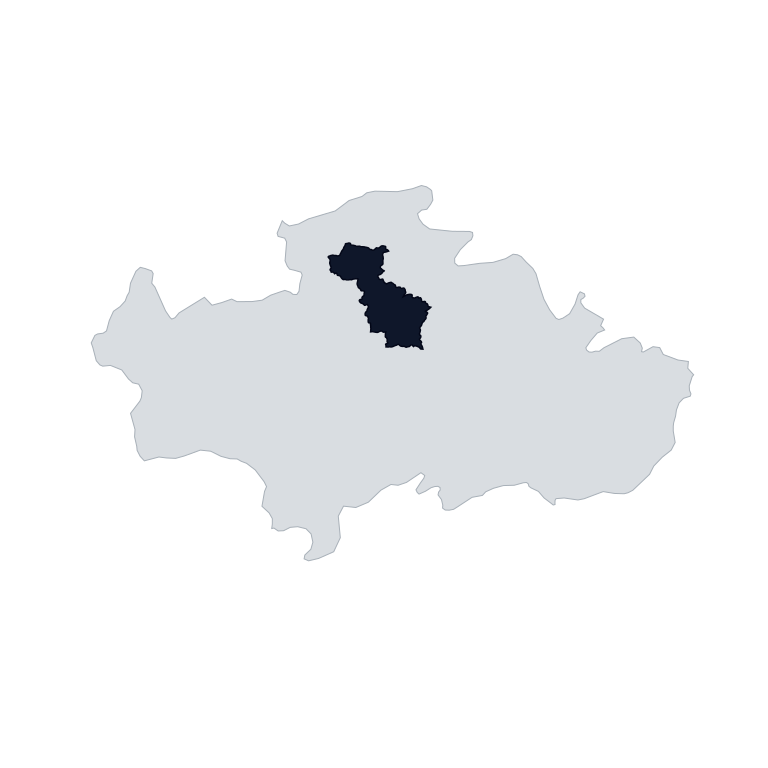 Moravicki on a map of Republic of Serbia (Equal Earth projection), rotated 130°
{"feature_id": "SRB-829", "entity_name": "Moravicki", "entity_type": "District", "adm_level": 1, "iso_a3": "SRB", "parent_name": "Republic of Serbia", "parent_adm1": "", "projection": "equal_earth", "projection_center": [20.274, 43.751], "detail": "fine", "context": "in_parent", "style": "filled", "palette": "ink", "viewbox_px": 768, "rotation_deg": 130, "n_neighbors": 0, "source": "natural_earth", "source_scale": "10m", "svg_char_len": 9365}
<svg xmlns="http://www.w3.org/2000/svg" viewBox="0 0 768 768"><g transform="rotate(130 384 384)"><path d="M428.2,298.7L444.9,303.5L452.5,308.1L456.5,314.1L467.2,318.1L484.6,320.0L496.7,326.2L503.6,336.5L514.6,334.1L529.8,318.7L544.8,314.7L559.7,322.0L567.9,328.1L569.3,332.8L565.9,334.7L557.6,333.8L550.9,336.8L545.7,343.5L545.0,350.7L548.8,358.4L554.1,363.7L560.9,366.6L564.6,370.6L565.1,375.7L566.9,377.1L563.1,379.5L558.9,383.0L556.6,389.1L556.1,398.9L543.0,406.5L538.1,408.0L535.9,413.0L532.6,427.4L533.1,438.3L535.0,443.8L535.8,448.3L540.2,453.9L544.2,462.4L546.9,473.6L552.7,482.2L567.6,490.8L574.9,495.8L580.4,503.0L584.6,509.5L596.9,518.2L596.1,524.4L593.5,530.5L590.7,533.3L584.8,541.1L578.9,545.5L569.4,559.3L554.0,560.0L550.4,561.1L544.6,564.9L541.8,571.8L544.6,577.3L544.4,582.9L541.8,593.9L545.6,605.5L551.1,610.9L552.0,613.9L551.1,619.4L543.2,630.5L540.7,634.7L532.6,636.7L529.8,635.6L525.6,631.8L521.7,630.7L512.1,635.2L502.2,638.0L494.4,635.9L486.8,635.6L481.5,637.5L477.5,638.2L469.7,643.0L457.1,646.5L451.3,645.7L449.1,641.2L446.7,634.7L447.8,631.8L456.1,626.7L457.0,621.8L468.4,598.4L470.6,590.8L470.7,588.3L467.6,586.7L461.3,586.7L433.0,577.3L434.2,566.4L425.9,560.6L416.9,555.3L415.4,549.5L405.4,537.8L398.1,531.2L388.8,527.9L380.8,523.1L376.0,520.1L373.9,514.7L373.9,511.4L371.5,508.3L367.6,508.7L361.1,513.0L353.1,516.7L351.7,519.5L354.6,526.0L356.7,530.1L355.8,534.0L353.2,539.0L337.8,549.9L336.1,553.8L339.0,560.0L337.2,562.8L324.3,566.9L324.6,563.5L323.8,558.1L316.4,552.3L305.9,547.9L282.8,532.6L273.8,530.5L265.9,528.7L254.5,521.4L248.6,520.1L242.1,514.9L228.0,497.3L216.1,487.7L207.9,482.9L205.6,478.1L205.1,473.3L205.4,471.6L211.7,464.8L216.4,463.8L222.6,463.5L226.6,467.0L232.0,467.8L234.9,463.3L236.5,456.9L235.9,448.7L223.1,429.8L212.2,416.6L211.0,413.6L213.3,411.2L217.2,409.9L221.3,411.0L232.0,411.9L242.3,410.7L245.9,407.5L245.9,403.1L242.1,399.1L230.1,388.3L220.8,378.7L209.8,371.4L201.6,368.5L199.2,364.8L198.2,360.8L199.2,353.5L199.8,344.3L201.8,338.5L209.2,327.5L216.3,315.9L220.7,304.8L223.1,294.4L222.2,291.5L218.6,289.3L210.8,287.0L200.0,289.0L190.9,292.7L187.3,293.0L186.1,288.4L187.6,286.4L190.4,286.6L192.8,287.5L195.3,285.4L196.9,279.1L193.2,257.5L200.1,255.5L200.2,252.4L200.8,249.7L207.9,253.4L217.8,253.5L226.5,252.7L227.8,250.6L227.7,247.5L225.9,245.1L222.9,243.1L220.6,240.1L214.8,238.8L196.5,231.0L187.5,222.8L187.9,214.0L190.5,209.2L193.7,207.5L192.8,205.9L182.5,201.9L178.9,196.2L181.9,189.0L176.7,174.3L171.1,165.3L176.7,161.4L177.5,155.8L177.9,152.7L180.2,152.7L189.2,149.0L192.4,146.0L194.3,142.5L196.5,141.6L202.5,145.4L208.8,145.8L215.9,143.3L221.2,140.0L227.5,137.2L230.4,135.3L234.1,132.2L241.6,123.4L250.0,121.5L261.2,123.8L273.4,124.6L282.5,122.5L305.5,125.1L310.5,127.2L313.7,129.5L319.7,137.1L325.5,146.9L333.6,151.5L343.2,156.9L348.2,160.9L355.5,172.7L361.2,178.5L363.1,178.2L365.1,176.7L366.4,175.5L367.9,176.6L368.0,180.2L368.4,188.1L367.0,196.7L369.1,204.7L369.2,207.2L367.7,209.5L367.9,211.6L370.0,213.7L377.8,219.1L385.1,227.3L393.5,233.1L401.2,236.8L406.1,237.0L414.2,243.7L430.1,248.5L435.2,250.1L438.7,252.9L441.2,256.1L441.4,259.4L439.0,261.1L435.6,265.7L434.2,271.3L431.7,272.7L429.1,272.8L427.3,274.5L427.7,276.9L429.9,279.2L433.2,281.3L439.5,283.3L445.8,286.4L445.7,288.8L444.5,291.5L436.5,292.5L430.6,292.9L427.9,294.0L428.2,298.7Z" fill="#d9dde1" stroke="#a8b0b8" stroke-width="1"/><path d="M352.7,427.8L349.9,429.7L349.1,430.7L348.0,431.5L347.4,432.4L346.4,433.1L346.2,433.4L346.2,433.6L346.2,433.9L346.9,434.9L346.9,435.2L346.8,435.7L346.6,436.0L345.0,437.4L343.7,438.1L343.4,438.5L343.2,439.2L342.7,439.8L342.6,440.1L342.7,440.6L343.2,441.6L343.4,442.2L343.4,442.5L342.9,443.1L342.2,443.7L341.8,443.9L340.8,444.2L339.5,444.0L339.0,444.0L337.6,444.8L336.0,445.1L335.3,445.4L334.9,445.6L334.4,446.2L333.9,447.6L333.8,448.0L335.8,449.1L336.2,449.5L336.2,449.8L336.1,450.8L336.1,451.9L336.3,452.5L336.8,453.8L336.8,454.1L336.7,455.2L336.3,456.1L336.2,456.4L335.7,456.7L335.3,456.7L334.9,456.7L334.4,456.4L333.5,455.5L333.1,455.4L332.7,455.6L332.1,456.3L331.4,456.6L330.6,456.6L329.5,456.2L328.9,456.3L327.6,457.3L326.5,457.9L325.7,458.4L325.6,458.7L325.6,458.9L326.2,460.1L326.7,460.8L327.2,461.3L327.2,461.5L327.1,462.0L326.8,462.3L326.5,463.4L326.5,464.2L326.6,465.0L326.6,465.6L325.6,467.3L325.2,468.2L324.7,468.8L324.1,469.3L320.6,471.1L320.3,471.4L320.2,471.6L320.2,471.8L321.0,472.5L321.6,473.4L322.4,474.1L323.8,475.3L324.8,475.7L325.2,476.1L325.8,477.1L326.9,478.0L328.3,479.6L328.8,480.9L329.2,481.3L329.8,481.9L330.2,482.3L330.3,483.0L330.3,483.8L330.0,485.3L329.8,485.7L329.5,486.3L329.4,486.7L329.6,487.3L329.8,488.2L330.4,489.0L330.5,489.3L330.6,489.6L330.5,489.8L330.4,490.1L329.8,490.9L329.6,491.2L329.6,491.5L329.8,491.8L330.2,492.3L331.3,492.7L331.2,493.2L330.9,494.0L330.9,494.5L331.0,494.8L331.4,495.5L331.9,495.9L332.2,496.3L332.2,496.6L331.5,497.4L331.4,497.8L331.4,498.3L331.2,498.7L330.6,499.0L329.5,499.0L328.8,499.4L328.2,500.1L327.8,501.1L327.2,501.8L326.8,502.7L326.5,503.0L326.0,503.5L324.9,504.1L323.6,504.9L323.4,505.2L323.2,505.4L323.1,506.4L322.6,508.4L322.1,508.5L321.6,508.4L320.7,507.8L319.7,507.3L318.9,506.6L318.3,506.2L318.1,505.9L317.4,504.5L316.3,503.3L316.2,502.8L316.0,502.2L314.9,501.1L313.9,500.7L313.5,500.7L312.3,501.1L311.1,501.3L309.5,501.8L307.0,501.9L306.6,502.0L305.1,502.6L302.8,502.9L301.8,503.4L301.4,503.6L300.9,503.4L299.9,502.4L299.0,501.9L298.3,501.1L298.0,500.5L298.0,500.0L298.0,499.9L298.6,499.2L298.7,498.6L298.7,498.4L298.5,498.1L297.5,496.8L297.2,496.1L296.6,495.1L296.5,494.2L296.4,493.9L295.4,492.6L294.3,491.5L294.1,491.2L293.7,490.1L293.6,489.8L292.3,488.2L291.5,487.0L291.7,486.8L290.9,485.9L289.9,483.9L289.7,483.1L289.8,482.8L290.0,481.7L290.0,481.4L289.8,481.0L289.4,480.6L289.2,480.3L288.8,478.6L288.3,478.1L287.2,477.7L285.2,477.5L284.7,477.4L284.3,477.1L283.9,476.1L283.6,475.7L282.3,475.1L280.6,474.9L279.8,474.6L279.3,474.1L278.8,473.6L277.7,471.4L277.7,471.2L277.8,470.9L278.0,470.7L279.2,469.9L279.5,469.4L279.4,468.8L279.1,468.1L279.0,467.5L279.0,466.7L279.2,465.9L280.9,466.9L282.4,468.0L283.0,468.6L283.4,468.8L283.9,468.9L284.2,468.9L285.9,468.2L286.3,467.9L286.7,467.0L288.3,465.3L288.7,465.0L290.0,464.4L292.6,462.1L293.1,461.9L293.7,461.9L295.0,462.4L295.5,462.5L296.4,462.2L297.2,461.7L297.5,461.2L297.4,460.1L297.5,459.3L297.5,457.6L297.2,457.1L297.2,456.6L297.9,456.6L298.2,456.9L298.7,457.0L300.1,456.8L301.5,457.0L302.3,457.2L304.2,458.3L304.8,458.4L305.3,458.1L305.8,457.5L306.1,456.5L306.6,455.5L306.7,455.1L306.7,454.6L306.5,454.2L306.2,453.8L305.1,453.0L304.6,452.6L304.5,452.3L304.6,451.9L305.2,451.1L305.6,450.0L306.1,449.0L306.2,448.6L305.8,447.7L305.8,446.6L305.7,446.5L305.5,446.3L304.1,445.7L303.5,445.4L301.8,444.2L301.5,443.8L301.4,443.6L301.5,443.0L301.2,442.1L301.3,440.6L301.0,439.2L301.0,438.9L301.3,438.4L302.1,437.6L302.2,437.2L302.1,436.9L301.7,436.1L301.3,435.7L300.4,435.1L299.5,433.9L299.6,433.4L299.7,433.0L299.7,432.4L299.6,431.9L299.2,431.5L298.3,431.1L298.0,430.8L297.8,430.4L297.7,430.1L297.8,429.6L298.2,428.4L299.1,427.5L299.6,426.5L300.0,426.1L300.3,426.0L300.8,425.9L301.9,426.0L302.7,425.9L304.8,425.4L303.1,424.7L301.9,424.3L300.7,423.6L299.0,422.2L297.9,420.8L297.7,420.2L297.7,419.8L298.0,419.4L298.9,418.8L299.4,418.2L299.5,417.7L299.3,417.3L299.0,416.6L298.6,415.7L298.2,415.7L297.7,415.5L296.0,414.5L295.5,414.1L295.4,413.8L295.4,413.3L295.8,412.7L295.8,412.3L295.7,412.2L294.7,411.8L294.5,411.5L294.5,411.2L295.0,409.9L296.1,408.7L296.4,407.9L296.4,407.7L296.1,407.2L294.7,406.1L294.6,405.8L294.4,405.4L294.5,405.0L295.1,404.4L295.2,404.0L295.2,403.6L294.8,402.7L294.9,402.1L295.2,401.4L295.9,400.5L296.0,400.2L296.1,399.9L296.0,399.4L295.1,397.5L296.5,397.6L297.3,397.7L298.6,398.1L299.8,398.4L301.2,399.1L301.6,399.1L301.9,398.9L301.4,397.3L301.4,397.0L301.5,396.4L301.6,396.2L302.0,396.0L304.2,395.6L305.0,395.6L305.5,395.3L306.0,394.6L306.4,394.2L306.9,394.0L307.5,393.9L308.9,394.0L310.3,393.7L310.6,393.7L311.7,394.0L312.3,394.0L313.1,393.8L314.9,393.0L315.6,392.9L317.5,392.9L318.1,392.8L318.4,392.5L318.9,391.2L319.5,390.6L321.3,389.7L322.5,389.3L323.2,388.6L323.5,388.2L323.3,387.2L323.4,386.9L323.7,386.5L324.4,386.0L324.9,385.8L325.5,385.7L326.5,385.8L326.7,385.7L327.1,385.4L327.3,385.0L327.4,384.6L327.4,383.4L327.5,382.9L327.8,382.2L328.1,381.9L329.5,381.7L329.8,381.4L329.9,381.1L330.2,379.9L330.5,379.3L331.0,378.3L332.3,376.6L332.7,377.2L333.5,378.2L333.6,378.6L333.6,378.9L333.3,380.0L333.2,380.4L333.6,382.1L334.1,383.6L334.7,384.7L335.1,385.2L335.8,385.4L336.3,385.4L336.3,386.2L336.1,387.3L336.1,387.6L336.1,387.8L336.3,388.1L336.6,388.3L337.0,388.5L338.4,388.6L339.0,388.7L339.3,388.9L340.1,389.7L340.8,390.1L341.6,390.7L341.8,391.2L342.1,392.6L342.3,392.9L343.5,394.2L344.2,395.6L344.3,396.0L344.3,396.7L344.2,398.1L344.4,398.4L344.5,398.6L345.1,399.0L346.2,399.4L347.6,400.3L349.5,401.2L350.3,401.7L351.2,402.5L351.7,403.5L352.9,404.5L354.3,406.3L353.4,407.0L353.0,407.5L352.8,408.0L352.4,408.3L351.9,408.2L350.6,407.3L350.2,407.3L350.0,407.5L349.8,407.8L349.8,408.4L349.6,408.8L348.0,410.0L347.7,410.4L347.3,411.0L347.1,411.6L347.0,411.9L347.1,412.9L347.1,413.1L346.9,413.4L344.5,415.3L342.9,416.1L343.5,416.7L344.4,417.4L344.7,417.8L344.8,418.3L344.9,419.7L345.0,420.1L345.2,420.3L346.5,421.2L348.1,421.8L348.8,422.3L349.6,423.5L350.0,424.2L351.2,426.4L352.7,427.8Z" fill="#0f172a" stroke="#020617" stroke-width="1.5"/></g></svg>